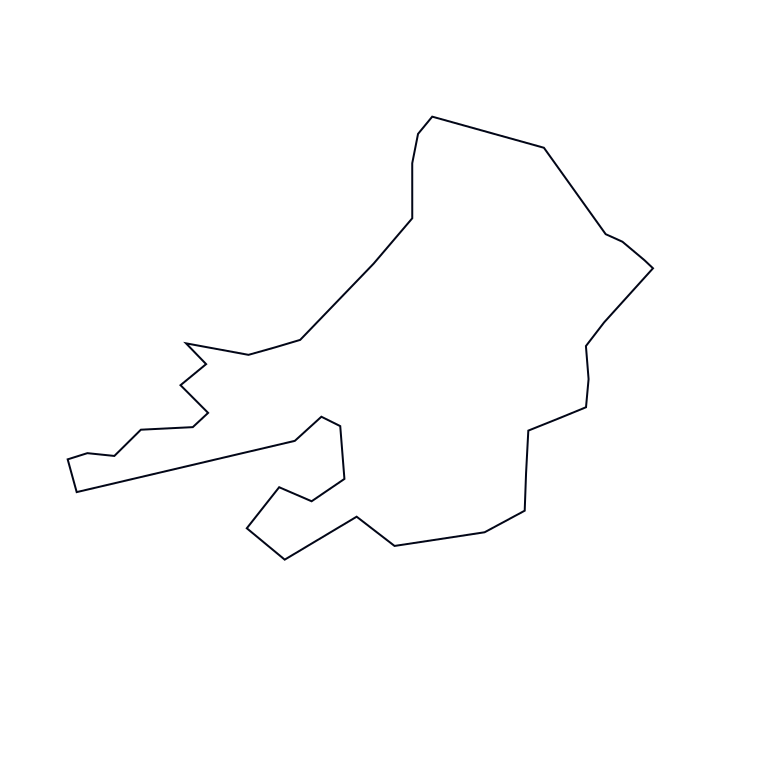 the district of Zafarabad, Jizzakh, Uzbekistan, rotated 311°
{"feature_id": "79887680B9171225127728", "entity_name": "Zafarabad", "entity_type": "district", "adm_level": 2, "iso_a3": "UZB", "parent_name": "Uzbekistan", "parent_adm1": "Jizzakh", "projection": "natural_earth1", "projection_center": [67.736, 40.329], "detail": "fine", "context": "isolated", "style": "outline", "palette": "ink", "viewbox_px": 768, "rotation_deg": 311, "n_neighbors": 0, "source": "geoboundaries", "source_scale": "gbopen_adm2", "svg_char_len": 682}
<svg xmlns="http://www.w3.org/2000/svg" viewBox="0 0 768 768"><g transform="rotate(311 384 384)"><path d="M338.1,557.2L380.7,573.3L409.8,549.8L443.5,523.5L477.1,540.7L499.0,551.7L521.9,535.2L545.1,511.5L574.9,509.7L647.8,511.1L648.3,499.5L647.8,470.6L642.5,453.0L667.2,349.7L617.4,245.0L595.1,245.6L569.1,260.5L527.6,296.6L468.0,297.2L362.3,291.8L340.4,277.9L317.1,262.6L284.8,207.9L282.3,236.7L249.6,231.2L246.8,270.2L226.0,268.0L190.0,230.5L152.8,227.7L137.2,205.5L119.6,194.7L100.8,223.0L282.6,354.0L318.2,358.2L323.5,378.6L286.4,416.4L248.0,406.3L237.3,372.6L185.1,375.1L186.3,424.3L265.9,450.4L268.7,498.2L338.1,557.2Z" fill="none" stroke="#020617" stroke-width="2"/></g></svg>